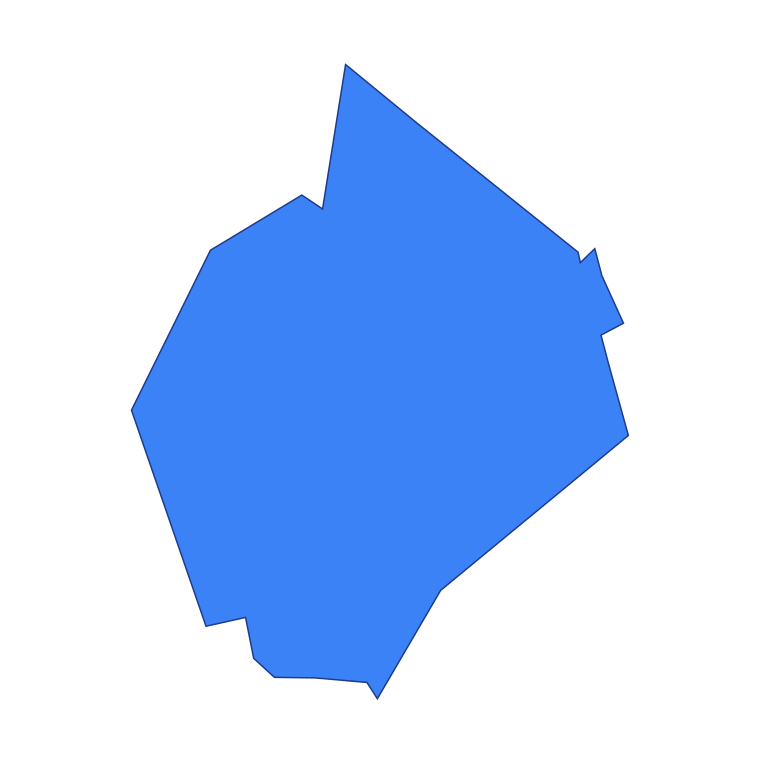 Webster, West Virginia, United States of America, rotated 186°
{"feature_id": "52423323B92436746543107", "entity_name": "Webster", "entity_type": "district", "adm_level": 2, "iso_a3": "USA", "parent_name": "United States of America", "parent_adm1": "West Virginia", "projection": "robinson", "projection_center": [-80.456, 38.483], "detail": "fine", "context": "isolated", "style": "filled", "palette": "blue", "viewbox_px": 768, "rotation_deg": 186, "n_neighbors": 0, "source": "geoboundaries", "source_scale": "gbopen_adm2", "svg_char_len": 466}
<svg xmlns="http://www.w3.org/2000/svg" viewBox="0 0 768 768"><g transform="rotate(186 384 384)"><path d="M378.6,647.0L455.6,697.7L463.4,551.6L485.5,563.3L570.6,498.9L632.4,331.6L606.9,276.9L535.7,124.5L497.3,137.4L484.9,97.5L462.3,80.8L422.2,84.5L369.8,85.4L357.7,70.3L306.1,184.7L163.3,330.1L135.6,358.4L163.5,429.4L173.3,455.3L152.2,469.5L178.6,514.4L188.5,540.6L201.4,525.2L204.8,535.4L378.6,647.0Z" fill="#3b82f6" stroke="#1e3a8a" stroke-width="1.5"/></g></svg>